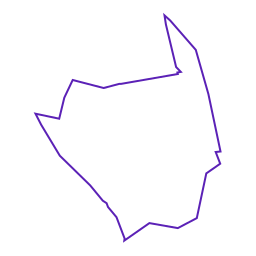 the district of Mary, Mary, Turkmenistan
{"feature_id": "10190150B47066979897930", "entity_name": "Mary", "entity_type": "district", "adm_level": 2, "iso_a3": "TKM", "parent_name": "Turkmenistan", "parent_adm1": "Mary", "projection": "equal_earth", "projection_center": [61.762, 37.519], "detail": "fine", "context": "isolated", "style": "outline", "palette": "violet", "viewbox_px": 256, "rotation_deg": 0, "n_neighbors": 0, "source": "geoboundaries", "source_scale": "gbopen_adm2", "svg_char_len": 501}
<svg xmlns="http://www.w3.org/2000/svg" viewBox="0 0 256 256"><path d="M177.4,72.5L177.8,74.0L120.9,83.9L119.2,83.9L103.6,88.0L72.7,80.0L64.3,97.7L59.2,118.7L35.5,113.7L41.2,124.8L59.8,155.7L90.2,185.4L102.8,200.7L106.6,203.2L108.0,207.0L116.5,217.2L124.6,238.5L124.3,240.6L149.4,223.1L177.8,228.1L196.8,218.1L206.3,173.4L220.2,163.7L215.7,152.0L220.5,151.5L208.4,94.1L195.8,49.9L170.2,20.5L164.5,15.4L165.9,24.4L176.1,67.0L180.8,71.9L177.4,72.5Z" fill="none" stroke="#5b21b6" stroke-width="2"/></svg>